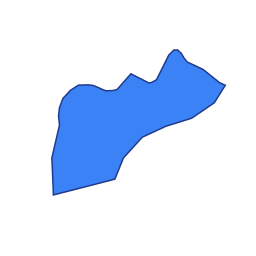 the Province of Alger, rotated 114°
{"feature_id": "DZA-2195", "entity_name": "Alger", "entity_type": "Province", "adm_level": 1, "iso_a3": "DZA", "parent_name": "Algeria", "parent_adm1": "", "projection": "albers", "projection_center": [3.057, 36.732], "detail": "fine", "context": "isolated", "style": "filled", "palette": "blue", "viewbox_px": 256, "rotation_deg": 114, "n_neighbors": 0, "source": "natural_earth", "source_scale": "10m", "svg_char_len": 578}
<svg xmlns="http://www.w3.org/2000/svg" viewBox="0 0 256 256"><g transform="rotate(114 128 128)"><path d="M49.4,56.5L69.8,59.4L93.1,73.8L111.2,94.3L130.6,111.2L157.2,120.0L180.1,119.2L180.7,120.0L219.5,168.9L186.2,185.4L153.2,191.8L145.0,196.5L137.1,198.9L127.5,199.5L117.2,196.0L109.0,190.7L104.8,182.0L103.3,177.2L103.1,171.8L103.2,166.8L102.9,163.0L99.9,157.0L97.2,153.6L77.3,147.4L78.4,127.2L76.6,124.8L72.3,121.6L44.9,120.4L38.2,117.9L36.5,114.4L38.2,109.6L41.2,105.4L43.6,100.8L44.0,83.1L49.3,62.9L49.4,56.5Z" fill="#3b82f6" stroke="#1e3a8a" stroke-width="1.5"/></g></svg>